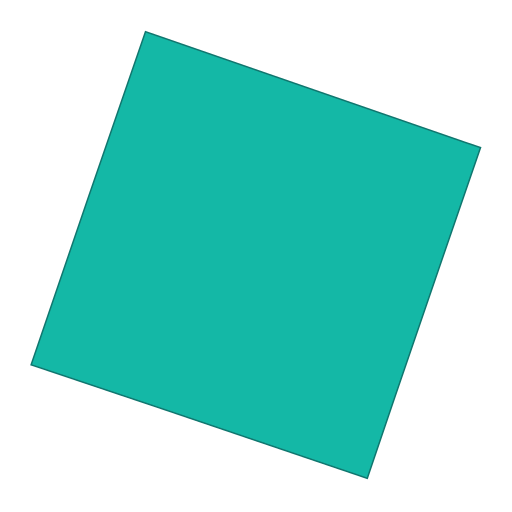 Marion, Iowa, United States of America (Albers equal-area conic projection), rotated 109°
{"feature_id": "52423323B54462982436391", "entity_name": "Marion", "entity_type": "district", "adm_level": 2, "iso_a3": "USA", "parent_name": "United States of America", "parent_adm1": "Iowa", "projection": "albers", "projection_center": [-93.073, 41.335], "detail": "fine", "context": "isolated", "style": "filled", "palette": "teal", "viewbox_px": 512, "rotation_deg": 109, "n_neighbors": 0, "source": "geoboundaries", "source_scale": "gbopen_adm2", "svg_char_len": 282}
<svg xmlns="http://www.w3.org/2000/svg" viewBox="0 0 512 512"><g transform="rotate(109 256 256)"><path d="M430.0,78.4L342.2,78.8L195.3,79.0L80.4,79.0L80.5,96.3L79.9,433.5L255.7,433.6L432.1,433.2L431.0,292.0L430.0,78.4Z" fill="#14b8a6" stroke="#0f766e" stroke-width="1.5"/></g></svg>